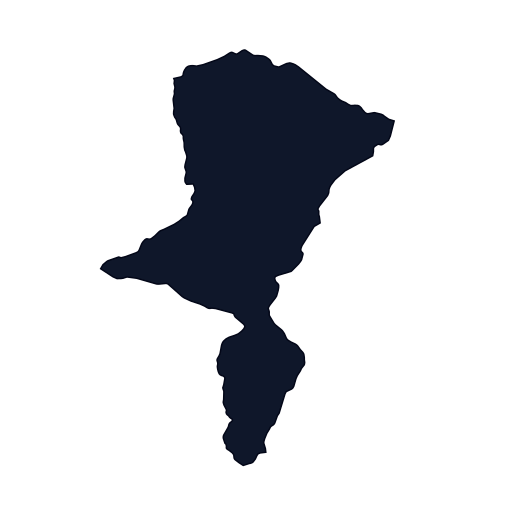 outline of Nakhon Sawan, rotated 262°
{"feature_id": "THA-411", "entity_name": "Nakhon Sawan", "entity_type": "Province", "adm_level": 1, "iso_a3": "THA", "parent_name": "Thailand", "parent_adm1": "", "projection": "orthographic", "projection_center": [99.999, 15.699], "detail": "fine", "context": "isolated", "style": "filled", "palette": "ink", "viewbox_px": 512, "rotation_deg": 262, "n_neighbors": 0, "source": "natural_earth", "source_scale": "10m", "svg_char_len": 5286}
<svg xmlns="http://www.w3.org/2000/svg" viewBox="0 0 512 512"><g transform="rotate(262 256 256)"><path d="M370.5,411.6L356.1,405.7L352.1,403.2L349.1,397.3L348.8,396.5L348.7,395.7L348.8,394.9L349.1,394.1L349.5,393.4L349.6,392.6L349.4,391.6L348.0,388.7L347.2,387.8L346.3,387.3L343.0,386.8L339.0,385.5L328.0,356.1L320.6,344.8L315.9,340.1L314.6,339.1L314.0,338.7L312.5,337.9L311.6,337.5L308.9,336.9L308.1,336.6L305.9,335.3L296.7,325.8L293.9,323.7L291.7,324.4L288.2,323.9L286.1,324.2L279.8,324.1L277.2,317.7L259.9,303.0L257.9,301.9L256.5,301.3L255.4,301.2L254.6,301.3L253.9,301.6L252.8,302.5L252.1,302.8L251.3,302.8L246.0,300.6L244.5,299.4L242.2,297.0L236.6,289.7L235.9,288.6L233.9,275.6L233.0,272.4L232.2,271.8L231.6,271.4L229.8,271.5L228.2,271.9L227.4,272.3L225.5,273.8L224.8,274.1L224.0,274.4L223.1,274.3L221.4,274.0L218.7,273.1L213.5,270.8L211.6,269.2L205.7,263.1L203.8,261.5L202.2,260.8L199.6,261.3L198.6,261.3L196.8,261.0L195.8,260.9L194.9,261.0L187.1,264.3L186.4,264.7L185.1,265.6L179.3,271.0L178.0,271.9L175.1,273.3L170.7,274.5L169.1,275.2L168.5,275.7L168.0,276.2L166.0,278.6L163.3,282.7L162.2,283.9L161.0,284.8L157.3,286.7L153.9,289.0L152.4,289.6L151.5,289.7L148.7,289.7L146.4,289.4L143.9,289.4L142.4,289.0L141.5,288.6L138.3,285.3L136.2,284.0L131.9,280.3L129.0,278.5L121.8,275.3L121.0,274.7L120.2,274.1L119.7,273.4L119.3,272.7L117.5,267.0L115.4,265.5L97.1,257.0L94.8,254.9L88.5,251.6L87.4,250.9L86.4,249.7L85.4,247.5L84.9,246.8L84.3,246.2L82.9,245.3L79.0,242.1L74.0,239.2L71.6,238.1L69.8,237.6L64.0,238.5L60.3,238.4L60.4,232.8L59.9,230.7L59.4,230.1L58.1,229.0L55.1,227.1L52.5,224.5L51.9,223.4L51.5,221.7L51.5,220.6L50.4,214.2L53.8,210.3L57.2,207.0L58.0,206.5L59.0,206.2L61.9,206.3L63.1,205.9L64.4,205.1L67.3,202.3L68.5,200.8L69.1,200.3L70.0,199.9L71.5,200.2L72.6,200.2L73.8,200.1L74.9,199.2L79.8,198.3L80.8,198.3L81.8,198.5L82.6,198.8L83.3,199.2L89.6,204.1L91.0,205.0L92.6,205.6L93.3,206.0L94.0,206.5L94.5,207.1L95.3,208.5L95.7,209.1L96.3,209.7L97.0,209.8L97.9,209.6L98.9,208.4L100.0,207.4L101.6,206.6L102.7,205.5L103.8,204.8L105.4,204.6L106.3,204.9L107.1,205.3L108.3,205.2L112.8,203.6L114.5,203.3L115.8,203.2L118.4,204.0L126.0,205.3L127.0,205.3L128.9,204.9L130.1,204.8L133.1,206.2L139.0,208.1L140.0,208.1L140.9,207.7L141.7,206.9L142.5,205.2L143.4,204.0L144.5,203.2L146.6,202.6L149.2,202.3L151.3,202.3L152.3,202.4L154.0,203.0L155.0,203.2L156.0,203.2L157.2,203.0L158.2,202.9L159.0,203.1L159.7,203.5L162.2,205.5L164.3,206.8L172.4,209.5L173.8,210.2L174.5,210.6L175.8,211.6L176.3,212.2L177.2,213.5L178.1,214.9L179.3,218.1L180.3,223.6L181.2,227.1L181.9,228.6L183.6,231.4L185.7,233.9L186.3,234.3L187.7,235.2L188.8,235.0L190.2,234.3L197.8,227.5L198.4,227.0L200.0,226.3L201.9,226.0L202.9,224.5L209.6,208.7L210.4,205.6L210.6,204.0L210.5,203.1L210.8,201.9L211.5,200.6L213.5,198.2L216.3,193.8L220.3,185.6L224.5,179.1L226.1,177.3L240.4,165.1L241.0,164.2L241.4,163.0L241.7,155.9L242.1,153.7L250.6,134.7L253.2,125.3L252.5,121.2L252.5,119.1L253.0,115.2L255.3,111.5L265.0,100.4L268.7,103.3L271.4,107.6L271.9,108.8L274.1,119.8L273.8,120.6L273.5,121.2L273.0,121.9L273.5,126.6L275.9,137.8L276.7,139.9L277.9,141.0L283.6,144.3L284.6,145.0L285.8,146.1L287.6,148.3L288.2,149.7L288.1,150.8L287.7,151.9L287.4,153.5L287.8,154.8L289.9,158.5L293.3,163.1L294.0,164.2L294.4,165.3L295.2,168.6L298.7,179.4L301.2,184.8L304.1,189.5L305.0,191.9L305.7,193.2L306.4,193.8L311.2,195.9L311.9,196.3L312.6,196.9L315.2,199.5L316.8,200.6L317.9,201.0L318.9,201.1L319.7,200.8L320.3,200.4L321.0,199.9L322.0,200.0L323.6,200.8L326.3,203.2L327.8,204.2L329.1,204.8L332.0,204.8L333.0,204.7L336.1,203.8L336.6,197.9L336.7,197.3L338.2,196.5L339.0,196.2L339.6,196.1L340.3,196.1L343.1,196.5L347.3,198.2L348.1,198.5L348.9,198.6L349.8,198.6L353.4,197.9L354.4,198.0L356.2,198.5L362.6,201.1L363.5,201.3L364.6,201.4L365.7,201.3L369.2,200.7L370.1,200.4L371.0,200.2L374.0,200.1L378.0,200.6L379.2,200.6L381.1,200.4L382.8,200.4L384.9,200.7L385.6,200.5L386.4,200.2L388.3,198.8L389.3,198.6L390.5,198.6L392.4,199.1L393.6,199.0L394.5,198.8L396.7,197.3L397.2,197.0L398.0,196.7L398.8,196.5L401.8,196.1L402.6,195.9L404.9,194.8L407.5,194.2L408.4,194.2L410.6,194.6L413.5,195.5L422.1,195.7L423.6,196.0L427.3,197.6L428.5,197.9L429.6,197.9L430.7,198.0L433.3,199.0L434.4,199.2L435.3,199.2L437.2,199.0L438.1,198.9L441.3,199.7L443.2,199.3L443.8,206.6L444.2,207.6L444.9,208.8L447.4,209.6L448.6,210.2L450.0,211.1L452.2,213.1L453.0,214.5L453.4,215.8L453.5,217.8L453.3,219.9L452.6,222.6L452.3,223.4L452.8,230.2L455.8,245.0L458.1,252.5L460.5,257.7L461.0,259.1L461.1,260.2L460.8,261.0L459.3,263.3L458.6,264.6L458.9,266.0L461.2,270.7L461.6,272.3L461.6,273.6L461.2,274.3L455.4,280.8L454.9,281.7L454.6,282.8L454.2,286.0L453.1,290.7L452.7,291.6L451.9,293.0L451.5,293.6L449.3,296.0L448.7,296.5L448.1,297.0L447.3,297.4L443.3,298.8L441.7,300.3L439.9,304.9L442.3,313.0L442.5,316.2L442.2,317.2L441.0,319.7L439.8,321.6L437.3,324.4L411.4,348.6L405.9,355.7L404.9,356.7L404.2,357.1L401.3,358.6L399.2,360.5L397.6,362.4L395.4,366.1L393.5,368.2L391.9,370.5L391.7,371.4L391.5,373.4L391.5,374.6L390.9,377.7L390.4,378.7L389.8,379.4L388.6,380.4L387.9,380.9L386.2,381.7L383.1,383.7L382.2,384.6L381.6,385.6L381.3,386.5L381.3,387.5L381.5,392.5L381.4,393.5L379.0,399.6L378.2,400.9L377.6,401.7L376.7,402.4L372.9,406.5L370.5,411.6Z" fill="#0f172a" stroke="#020617" stroke-width="1.5"/></g></svg>